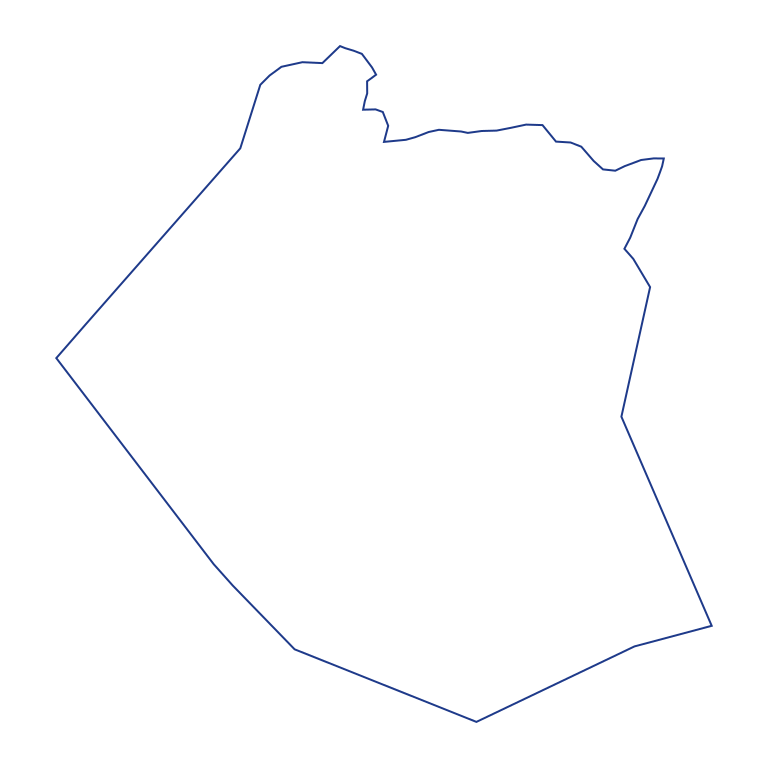 San Bartolomé Zoogocho, Oaxaca, Mexico (Mercator projection)
{"feature_id": "50627088B99822052581383", "entity_name": "San Bartolomé Zoogocho", "entity_type": "district", "adm_level": 2, "iso_a3": "MEX", "parent_name": "Mexico", "parent_adm1": "Oaxaca", "projection": "mercator", "projection_center": [-96.24, 17.246], "detail": "fine", "context": "isolated", "style": "outline", "palette": "blue", "viewbox_px": 768, "rotation_deg": 0, "n_neighbors": 0, "source": "geoboundaries", "source_scale": "gbopen_adm2", "svg_char_len": 844}
<svg xmlns="http://www.w3.org/2000/svg" viewBox="0 0 768 768"><path d="M295.8,649.8L476.4,721.9L634.5,646.4L711.7,625.8L621.4,416.7L650.1,287.1L633.3,258.9L624.4,248.8L630.2,237.7L637.6,219.1L644.8,205.9L657.5,178.9L660.0,172.2L662.1,166.3L663.8,158.5L653.7,158.4L641.1,160.0L624.8,166.1L615.3,170.7L603.0,169.4L593.7,161.0L581.3,146.7L570.6,142.5L556.0,141.6L542.5,125.1L526.1,124.6L511.0,127.8L496.6,130.6L481.7,131.0L467.8,132.9L461.1,131.5L438.9,129.8L428.7,132.0L415.2,137.2L405.9,139.8L384.0,141.9L388.2,125.8L382.8,112.0L375.6,109.4L363.1,109.7L364.8,101.2L367.2,93.4L367.1,81.3L376.1,74.7L372.0,67.4L361.9,53.9L353.6,50.7L345.3,48.2L340.0,46.1L322.4,63.1L302.4,62.2L281.4,66.8L269.6,75.5L260.3,84.8L240.3,148.3L86.0,324.0L56.3,358.1L213.7,564.2L232.8,585.6L294.6,649.3L295.8,649.8Z" fill="none" stroke="#1e3a8a" stroke-width="2"/></svg>